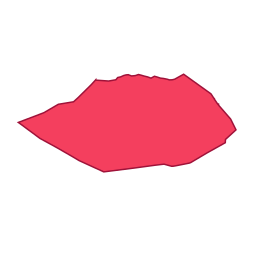 San Francisco Jaltepetongo, Oaxaca, Mexico (Mercator projection), rotated 66°
{"feature_id": "50627088B40383448618383", "entity_name": "San Francisco Jaltepetongo", "entity_type": "district", "adm_level": 2, "iso_a3": "MEX", "parent_name": "Mexico", "parent_adm1": "Oaxaca", "projection": "mercator", "projection_center": [-97.278, 17.342], "detail": "fine", "context": "isolated", "style": "filled", "palette": "rose", "viewbox_px": 256, "rotation_deg": 66, "n_neighbors": 0, "source": "geoboundaries", "source_scale": "gbopen_adm2", "svg_char_len": 866}
<svg xmlns="http://www.w3.org/2000/svg" viewBox="0 0 256 256"><g transform="rotate(66 128 128)"><path d="M173.6,30.1L161.6,30.6L144.2,35.9L143.0,35.6L143.0,35.8L143.1,36.2L142.8,36.3L136.5,37.4L136.4,37.2L135.0,37.6L130.6,38.3L101.5,55.3L102.4,65.6L101.9,68.1L100.9,70.6L99.4,72.3L97.2,75.4L95.6,78.1L93.4,80.5L91.5,82.8L91.8,86.7L89.3,89.3L86.9,92.4L85.1,94.5L83.4,96.7L83.1,100.0L81.9,103.6L79.4,106.1L78.7,108.2L78.3,110.5L78.3,113.9L77.7,116.9L79.0,119.5L77.2,126.6L71.1,138.1L70.9,138.0L73.6,144.3L80.1,161.6L81.9,167.1L78.0,182.0L79.8,198.7L78.3,225.9L101.8,212.6L110.8,205.7L117.8,200.4L124.0,195.9L131.4,190.5L137.9,185.9L142.1,182.2L158.2,168.0L167.4,137.6L173.1,118.1L175.7,109.8L180.7,103.7L181.3,102.2L182.0,99.5L185.0,86.3L185.1,84.8L184.6,80.5L182.9,66.0L181.0,45.1L178.1,43.6L173.6,30.1Z" fill="#f43f5e" stroke="#9f1239" stroke-width="1.5"/></g></svg>